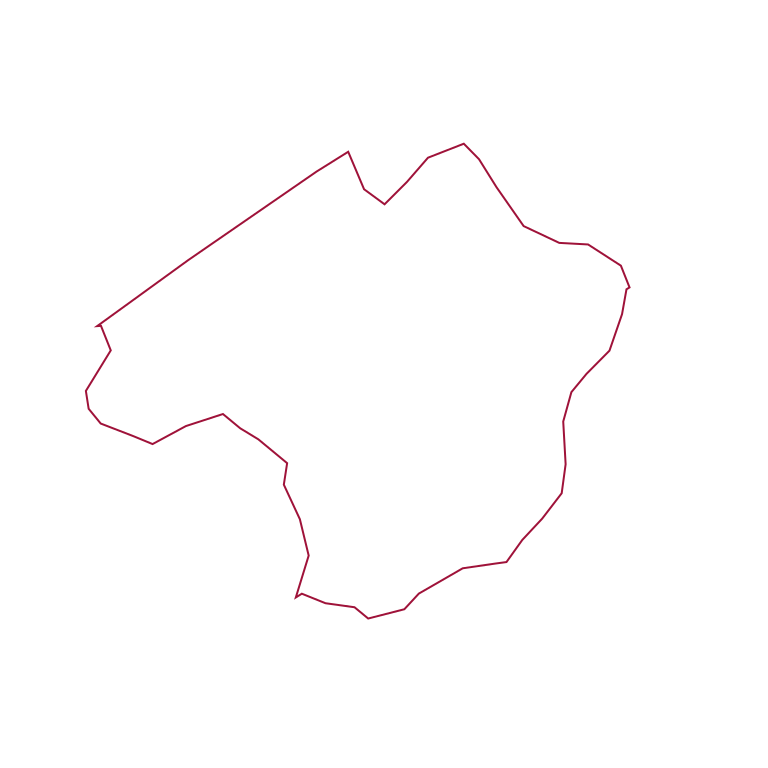 Herrljunga, Västra Götaland, Sweden (Mercator projection), rotated 328°
{"feature_id": "70781695B89566338626874", "entity_name": "Herrljunga", "entity_type": "district", "adm_level": 2, "iso_a3": "SWE", "parent_name": "Sweden", "parent_adm1": "Västra Götaland", "projection": "mercator", "projection_center": [13.142, 58.022], "detail": "fine", "context": "isolated", "style": "outline", "palette": "rose", "viewbox_px": 768, "rotation_deg": 328, "n_neighbors": 0, "source": "geoboundaries", "source_scale": "gbopen_adm2", "svg_char_len": 802}
<svg xmlns="http://www.w3.org/2000/svg" viewBox="0 0 768 768"><g transform="rotate(328 384 384)"><path d="M643.4,432.2L647.6,409.2L631.0,373.8L607.4,357.2L586.1,324.1L583.7,276.8L583.7,243.7L579.0,222.5L541.2,215.4L510.5,224.8L479.7,231.9L470.3,208.3L476.7,168.1L439.5,168.1L283.5,175.2L200.8,180.9L171.4,182.9L174.8,184.7L170.1,210.7L127.5,231.9L120.4,248.5L122.8,267.4L144.1,295.8L155.9,312.3L193.7,314.7L231.5,324.1L238.6,345.4L248.1,364.3L259.9,399.8L245.7,416.3L241.0,454.1L229.2,489.6L196.1,518.3L203.2,518.3L218.2,538.9L240.7,557.7L246.3,574.5L281.9,585.8L302.5,580.2L353.1,582.0L383.1,595.2L393.5,599.9L418.7,589.5L446.8,582.0L476.8,570.8L495.5,548.3L516.1,510.8L538.6,490.2L561.1,482.7L592.9,475.2L622.9,450.9L639.8,432.2L643.4,432.2Z" fill="none" stroke="#9f1239" stroke-width="2"/></g></svg>